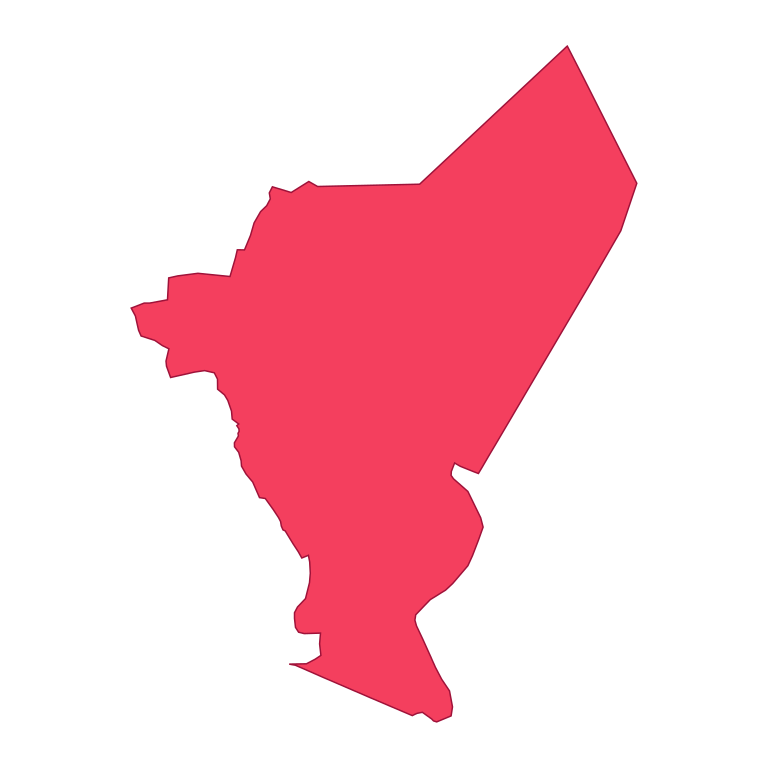 outline of Um Algura, Gezira, Sudan
{"feature_id": "16777658B57538989257512", "entity_name": "Um Algura", "entity_type": "district", "adm_level": 2, "iso_a3": "SDN", "parent_name": "Sudan", "parent_adm1": "Gezira", "projection": "natural_earth1", "projection_center": [33.822, 14.458], "detail": "fine", "context": "isolated", "style": "filled", "palette": "rose", "viewbox_px": 768, "rotation_deg": 0, "n_neighbors": 0, "source": "geoboundaries", "source_scale": "gbopen_adm2", "svg_char_len": 2000}
<svg xmlns="http://www.w3.org/2000/svg" viewBox="0 0 768 768"><path d="M567.3,46.1L567.0,46.3L509.3,100.3L465.7,141.1L419.6,184.2L317.6,186.5L308.8,181.5L291.2,192.5L272.4,186.8L269.3,192.9L270.3,198.9L266.7,205.7L260.6,211.6L254.1,222.9L250.5,235.4L244.5,249.9L237.3,249.8L235.5,257.7L230.0,276.5L197.9,273.3L177.7,275.9L168.7,277.9L167.5,299.8L149.5,303.1L144.1,303.1L131.2,308.1L135.4,316.0L137.3,324.6L138.6,330.3L141.1,336.0L154.8,340.4L162.4,345.6L168.9,348.8L166.0,361.1L166.5,366.2L170.6,377.5L194.5,372.1L204.6,370.6L214.3,372.8L217.5,379.1L217.6,389.2L224.5,394.9L227.8,400.4L231.5,411.1L232.2,419.1L238.7,424.0L236.8,425.7L238.9,428.8L239.1,431.4L238.0,433.3L238.4,436.0L234.4,442.8L234.5,446.8L238.7,452.3L241.1,460.7L241.5,466.1L246.0,474.0L250.8,479.8L252.7,482.0L259.5,497.6L265.3,498.5L273.2,509.5L278.6,517.7L280.6,521.6L281.3,526.0L283.0,529.9L285.2,530.9L293.4,544.3L298.2,551.6L301.8,558.0L308.4,555.3L309.7,562.0L310.3,573.2L309.5,582.7L305.5,598.6L297.5,607.0L294.5,612.7L294.5,618.4L295.5,627.4L298.6,632.2L304.2,633.6L320.5,633.1L319.6,643.9L320.9,655.4L315.0,659.3L306.4,663.8L289.2,664.1L291.3,664.5L291.7,664.6L295.3,665.2L322.5,677.1L370.5,697.8L412.3,715.6L415.1,714.2L417.2,713.3L422.4,712.3L431.7,719.0L433.5,720.9L436.7,721.9L451.1,715.9L452.5,706.9L449.5,690.9L441.7,679.3L435.3,667.1L434.1,664.3L433.4,662.8L432.1,659.9L430.9,657.1L429.2,653.4L422.7,639.0L416.5,625.9L414.9,620.1L415.3,617.7L415.7,614.8L424.2,605.9L430.3,599.6L441.7,592.5L445.5,590.2L452.7,583.5L457.4,578.0L467.9,565.7L472.5,555.6L478.4,540.3L483.1,527.1L480.7,517.8L478.8,513.9L467.9,491.5L453.5,478.8L451.1,475.4L451.1,474.8L451.2,474.3L451.2,474.1L451.3,471.9L451.3,471.5L451.4,471.3L451.4,471.2L451.8,470.3L452.2,469.2L454.6,463.0L460.3,466.3L474.2,471.9L478.4,473.5L482.0,467.5L489.7,454.3L495.9,443.9L503.5,431.0L511.1,418.1L515.9,409.9L520.5,402.1L525.0,394.4L589.4,285.1L620.8,230.8L636.8,183.3L611.7,133.7L583.2,77.2L567.3,46.1Z" fill="#f43f5e" stroke="#9f1239" stroke-width="1.5"/></svg>